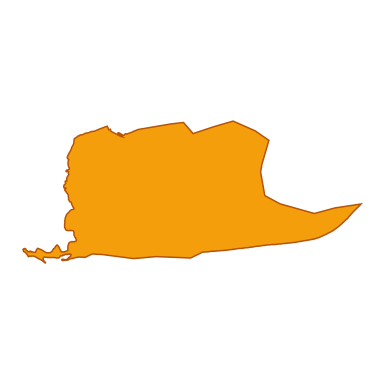 outline of Anloga, Volta, Ghana
{"feature_id": "2480657B74011824532465", "entity_name": "Anloga", "entity_type": "district", "adm_level": 2, "iso_a3": "GHA", "parent_name": "Ghana", "parent_adm1": "Volta", "projection": "albers", "projection_center": [0.753, 5.825], "detail": "fine", "context": "isolated", "style": "filled", "palette": "amber", "viewbox_px": 384, "rotation_deg": 0, "n_neighbors": 0, "source": "geoboundaries", "source_scale": "gbopen_adm2", "svg_char_len": 5695}
<svg xmlns="http://www.w3.org/2000/svg" viewBox="0 0 384 384"><path d="M24.8,248.5L24.6,248.8L24.4,249.0L23.7,248.8L23.0,249.5L23.4,250.4L23.4,251.0L23.5,251.4L23.8,251.7L24.7,252.0L25.4,252.5L27.6,255.1L28.1,256.3L28.5,256.7L29.6,256.2L31.2,256.2L32.8,256.0L34.9,256.5L38.0,258.4L40.5,259.6L42.2,260.6L44.0,262.0L44.4,262.5L45.1,262.9L45.4,262.9L45.5,262.5L45.3,262.2L44.5,261.7L44.1,261.2L43.3,259.7L43.2,259.3L43.3,258.1L43.5,257.5L43.9,257.2L44.3,257.0L47.5,257.5L49.5,257.5L51.7,257.6L52.5,257.5L53.2,257.5L54.8,257.6L56.6,258.0L58.6,258.0L59.0,257.9L59.6,257.3L60.4,256.0L60.7,255.9L61.8,255.9L62.4,255.8L62.8,255.5L63.0,254.9L63.8,255.1L64.1,255.1L64.6,254.8L65.1,254.3L65.6,254.3L66.4,254.5L66.8,254.5L66.9,254.4L67.1,254.2L67.3,254.1L67.8,254.4L68.1,254.3L68.2,254.0L68.4,254.0L69.2,254.0L69.5,254.2L69.9,253.9L70.2,253.9L70.5,254.1L71.0,254.6L71.0,254.9L70.7,255.7L70.6,256.2L70.5,256.4L70.2,256.5L69.8,257.0L69.0,257.3L68.7,257.5L68.0,258.5L67.4,259.0L66.2,259.7L65.7,259.7L65.2,259.5L64.0,259.6L63.2,259.2L62.9,259.2L62.5,259.6L61.8,259.4L61.7,259.6L61.7,260.0L62.4,260.5L63.1,260.6L64.9,260.3L67.2,260.2L67.9,260.0L68.5,259.8L69.2,259.2L70.8,258.7L71.6,258.5L72.9,258.5L74.9,257.7L77.6,257.3L78.7,257.0L85.1,257.4L92.2,254.0L92.6,254.0L95.3,254.1L96.3,254.3L102.0,254.5L133.7,258.6L156.2,256.6L190.6,258.0L202.5,252.2L204.6,251.9L204.7,252.0L205.0,251.9L207.4,251.9L208.4,251.7L209.2,251.7L210.0,251.5L211.5,251.4L211.9,251.3L212.0,251.2L213.0,251.3L213.9,251.3L214.6,251.1L216.0,251.2L217.2,250.9L220.8,250.7L221.2,250.6L224.1,250.4L224.3,250.3L225.7,250.4L227.9,250.0L230.2,249.7L232.3,249.5L232.6,249.5L232.7,249.4L235.8,249.0L237.6,248.6L238.8,248.6L239.5,248.4L242.1,248.4L242.7,248.2L245.5,247.8L246.0,247.7L247.1,247.7L247.8,247.7L248.9,247.5L250.2,247.2L251.9,247.1L255.9,246.4L257.2,246.2L258.7,246.2L262.9,245.5L265.0,245.4L266.5,245.0L267.3,245.0L267.4,244.9L268.9,244.8L269.0,244.9L272.3,244.5L272.8,244.6L273.0,244.5L274.1,244.5L274.3,244.6L279.1,244.0L280.6,244.0L280.7,243.9L281.7,243.8L284.0,243.5L285.0,243.5L286.6,243.3L287.5,243.1L290.5,242.9L294.2,242.4L295.3,242.4L298.8,241.6L300.9,241.4L301.1,241.3L304.2,240.7L305.1,240.7L305.4,240.5L307.2,240.3L308.7,240.0L310.1,239.8L310.6,239.6L312.0,239.5L312.2,239.3L313.8,239.1L314.9,238.8L316.0,238.5L317.4,237.9L318.3,237.8L318.9,237.6L319.5,237.2L320.9,236.7L322.1,236.1L323.2,235.7L323.9,235.2L325.2,234.7L325.5,234.5L326.1,234.3L328.5,233.0L328.8,232.8L330.0,232.3L332.6,230.9L334.8,229.4L335.3,228.9L337.9,227.1L338.4,226.6L338.7,226.4L339.9,225.4L340.0,225.2L341.8,223.8L342.1,223.4L345.2,220.5L346.0,219.6L347.2,218.9L348.9,216.7L350.5,214.9L351.5,213.7L352.5,212.8L353.3,211.7L355.2,209.9L357.2,207.9L357.5,207.7L360.2,204.9L361.0,204.0L335.1,207.9L314.4,213.5L279.9,203.8L264.8,195.6L260.6,172.1L262.0,163.9L268.9,140.4L255.1,130.8L233.1,121.1L213.8,126.7L193.1,133.6L183.5,122.5L171.1,123.9L138.1,129.5L135.5,130.6L133.8,131.2L131.9,132.2L128.8,133.3L126.9,133.9L125.2,133.8L124.4,135.0L124.1,135.2L123.4,135.2L122.2,134.8L118.9,132.8L118.6,132.7L118.1,132.9L117.9,133.0L117.8,133.6L118.0,133.8L120.0,134.5L122.6,136.8L121.2,136.5L120.3,136.1L110.9,131.3L110.5,129.4L110.3,129.2L108.9,129.9L107.7,127.2L107.4,127.0L107.1,126.2L99.8,128.9L94.2,131.3L93.0,131.3L92.4,131.5L91.5,131.5L89.0,132.5L88.1,132.8L86.0,133.1L84.6,133.6L82.3,134.8L80.1,134.9L79.4,135.8L78.2,135.9L76.4,137.4L75.5,137.9L74.4,138.7L74.1,139.2L74.0,141.5L73.8,143.3L73.6,143.7L73.3,144.4L73.0,145.2L71.9,147.0L71.8,147.5L71.5,148.1L71.0,149.8L70.7,150.4L70.2,151.3L69.7,152.0L69.1,153.0L67.6,156.2L67.3,156.8L67.2,157.4L67.6,158.5L68.2,159.0L68.7,159.7L68.4,160.0L68.3,160.5L68.4,161.0L68.0,162.3L68.2,165.7L68.7,166.4L68.7,166.7L69.0,167.7L69.4,168.2L69.4,168.7L69.1,169.2L68.1,170.0L67.0,170.0L66.3,170.4L66.1,171.6L66.4,171.7L67.0,171.3L68.6,171.8L68.2,173.0L68.7,174.1L68.7,174.4L68.7,174.7L67.7,176.2L66.9,177.6L66.7,178.6L66.6,179.6L66.9,180.8L66.9,181.0L66.6,181.0L66.0,180.9L65.8,181.1L65.3,181.2L65.2,181.6L65.2,182.3L65.7,183.6L63.9,185.2L64.0,185.6L63.9,186.2L63.7,186.4L63.7,186.8L64.2,188.1L64.4,188.2L65.5,187.9L65.8,188.0L66.0,188.3L65.9,188.5L65.0,189.2L64.7,190.0L64.8,190.3L65.2,190.6L65.4,191.0L65.9,191.2L66.2,191.6L66.1,192.0L68.2,194.7L68.2,194.9L68.3,196.7L68.6,197.8L68.5,199.2L68.6,199.5L69.7,201.7L70.7,202.0L71.3,202.4L71.4,202.8L71.6,204.0L72.9,206.9L73.8,208.0L73.9,208.4L73.8,208.9L73.5,209.3L73.1,209.4L72.0,209.5L71.4,209.7L70.7,210.2L70.0,210.8L69.3,211.7L67.2,213.8L66.9,214.5L66.4,214.9L65.2,218.1L65.2,218.9L65.0,219.8L64.8,220.7L64.9,222.8L64.7,223.5L64.6,224.3L64.6,227.6L65.1,228.1L65.2,228.7L65.6,229.4L66.1,230.1L66.7,230.3L66.9,230.3L67.7,230.6L68.5,230.6L69.1,230.7L69.6,230.4L69.9,230.5L70.7,230.5L71.8,230.5L72.6,230.6L73.3,230.9L73.6,231.3L73.8,232.0L74.1,232.6L74.0,233.0L73.9,234.1L74.1,235.5L74.5,235.9L74.7,236.8L75.1,237.5L75.6,237.8L75.9,238.9L76.5,240.2L76.1,241.0L75.2,241.3L74.8,241.6L74.5,241.6L74.2,241.8L74.1,241.6L73.5,241.7L72.6,241.8L72.3,241.8L72.0,241.5L71.8,241.6L71.6,241.8L70.2,242.0L69.5,242.7L69.0,242.9L68.7,243.3L67.9,246.1L67.8,250.6L64.2,251.9L61.5,251.9L61.1,251.5L60.6,250.2L60.1,249.6L59.7,248.9L59.1,247.2L58.5,246.4L57.3,245.0L56.9,245.0L56.7,245.2L56.4,245.7L55.6,246.3L55.3,247.0L55.0,247.3L54.9,247.8L54.4,248.1L54.2,248.5L53.6,248.7L51.9,251.5L51.2,251.9L50.4,252.6L49.9,252.8L47.3,252.8L46.3,252.6L45.6,252.3L41.6,249.9L40.5,249.4L37.8,248.3L36.4,249.7L35.8,251.8L35.3,252.3L35.1,252.4L32.7,252.0L32.0,251.9L31.8,252.1L31.2,251.7L31.0,251.4L30.8,251.2L30.3,251.1L29.8,251.3L29.4,251.8L28.7,251.6L28.3,251.9L28.0,251.8L27.8,251.7L27.4,250.9L26.8,250.5L26.3,250.0L25.6,248.8L25.1,248.6L24.8,248.5Z" fill="#f59e0b" stroke="#b45309" stroke-width="1.5"/></svg>